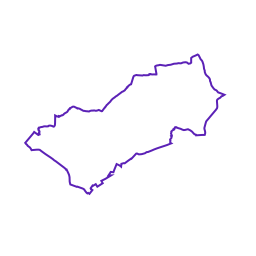 outline of Ciprian Porumbescu, Suceava, Romania, rotated 161°
{"feature_id": "2599482B10276215213878", "entity_name": "Ciprian Porumbescu", "entity_type": "district", "adm_level": 2, "iso_a3": "ROU", "parent_name": "Romania", "parent_adm1": "Suceava", "projection": "mercator", "projection_center": [26.075, 47.579], "detail": "fine", "context": "isolated", "style": "outline", "palette": "violet", "viewbox_px": 256, "rotation_deg": 161, "n_neighbors": 0, "source": "geoboundaries", "source_scale": "gbopen_adm2", "svg_char_len": 5739}
<svg xmlns="http://www.w3.org/2000/svg" viewBox="0 0 256 256"><g transform="rotate(161 128 128)"><path d="M81.3,177.7L82.3,177.4L83.5,169.8L83.7,169.4L84.5,169.6L84.7,169.8L87.8,170.8L89.1,171.4L89.6,171.6L89.5,171.8L90.2,172.0L90.4,171.5L90.8,171.4L91.4,171.3L93.5,171.9L94.4,172.2L95.8,172.8L96.1,172.9L96.8,172.9L97.2,172.9L102.0,174.9L102.6,175.3L102.9,175.4L105.1,175.4L105.6,175.2L106.0,174.9L106.8,173.9L109.7,169.9L110.8,168.4L111.1,168.5L111.4,168.4L112.0,168.3L112.8,168.1L115.6,166.9L115.5,166.5L116.5,166.1L116.9,165.9L117.3,165.6L117.8,165.4L118.1,165.2L118.7,164.7L120.6,164.2L121.0,164.2L122.0,164.1L123.4,163.6L125.9,162.8L127.6,162.2L128.3,162.0L128.8,161.9L129.4,161.8L130.8,161.2L131.0,161.2L133.0,160.6L134.6,159.8L134.9,159.6L135.5,159.2L136.0,158.8L137.2,158.2L138.8,157.5L139.5,157.1L140.1,156.8L140.6,156.7L142.7,155.1L142.8,155.2L144.5,154.1L145.2,153.6L146.1,153.0L146.9,152.4L147.1,152.4L147.4,152.4L148.2,153.1L148.4,153.3L148.8,153.7L149.2,154.0L149.4,154.3L149.5,154.4L149.8,154.6L150.1,154.6L150.9,154.5L151.9,154.6L152.7,154.7L153.4,155.1L154.0,155.5L154.9,155.8L155.5,155.8L156.2,156.2L156.8,156.3L157.3,156.4L158.2,156.5L159.5,156.3L160.1,156.6L160.6,156.9L160.8,156.9L162.5,157.7L163.7,158.4L164.3,158.6L164.8,159.0L165.5,159.7L165.8,160.2L166.5,160.8L167.3,161.8L167.8,162.2L168.7,162.8L169.0,162.8L169.4,162.8L169.6,163.0L169.6,163.4L169.8,163.6L170.0,163.7L170.2,163.8L170.7,164.4L171.0,164.6L171.3,164.9L171.4,165.1L171.6,165.4L172.1,165.7L172.6,165.9L172.9,166.1L173.7,166.1L175.2,165.7L175.7,165.7L175.8,165.7L176.0,165.7L176.4,165.7L176.6,165.5L176.8,165.2L177.0,164.8L177.6,164.9L177.9,164.9L178.2,164.7L178.7,164.2L179.0,164.0L180.1,163.1L180.7,162.9L181.6,162.7L182.6,162.6L183.0,162.4L183.5,162.3L183.9,162.2L184.2,162.0L184.6,161.7L184.8,161.6L185.3,161.5L185.6,161.4L186.0,161.5L186.3,161.4L186.7,161.6L187.4,161.4L187.8,161.4L188.4,161.5L188.7,161.5L189.0,161.5L189.3,161.7L189.4,161.3L189.3,161.1L189.8,161.0L190.2,161.4L190.6,161.6L191.0,162.0L191.3,162.1L191.6,162.2L191.7,162.5L192.0,162.7L192.2,162.9L192.4,162.9L192.5,163.3L192.8,163.6L193.4,161.8L195.4,156.3L196.2,154.5L196.7,154.0L197.1,153.7L197.4,153.5L197.9,153.5L198.1,153.6L199.1,154.6L199.7,155.0L200.5,155.5L201.1,155.7L201.4,155.8L201.9,155.9L202.4,155.9L202.6,155.8L202.9,155.6L203.2,155.7L203.6,155.8L204.0,155.8L204.7,156.1L205.2,156.3L205.9,156.6L206.6,156.8L207.1,156.9L207.7,156.9L208.5,156.9L209.0,157.0L210.0,157.2L211.1,157.2L211.8,157.3L211.9,157.0L212.1,156.9L212.3,156.9L212.5,156.9L212.6,157.0L212.7,156.9L212.8,156.8L212.9,156.6L213.1,156.5L213.2,156.3L213.1,156.1L212.9,155.8L212.9,155.7L213.3,154.9L213.1,154.5L212.9,154.4L212.8,154.0L212.8,153.8L212.8,153.5L213.0,153.2L213.3,152.8L213.2,152.7L213.3,152.4L213.7,152.6L213.9,152.4L214.1,152.2L214.0,151.9L214.0,151.6L213.7,150.8L213.7,150.7L213.9,150.7L214.1,150.7L214.4,150.8L214.6,150.9L214.9,150.6L215.1,150.6L218.0,154.8L219.3,153.8L230.0,147.4L229.7,146.5L229.6,146.1L229.3,145.7L229.0,145.2L228.9,144.7L228.7,144.2L228.6,143.7L228.2,143.2L227.5,142.1L227.1,141.6L226.7,140.3L226.4,138.5L226.1,138.5L225.7,138.3L221.3,137.2L219.5,136.6L218.8,136.2L218.6,136.1L216.7,133.3L214.6,130.3L212.7,127.8L210.7,125.2L210.1,124.3L209.4,123.4L209.1,122.9L208.3,121.5L207.5,120.5L207.4,120.4L207.1,120.0L201.0,110.9L200.5,109.9L200.2,109.4L200.1,108.7L199.6,108.7L199.2,105.3L199.0,103.0L199.1,102.0L199.3,100.5L200.6,96.3L200.8,94.8L200.9,93.4L195.5,89.0L195.1,89.1L194.8,88.9L190.4,85.4L189.7,84.5L189.3,84.0L189.3,83.9L189.3,83.6L189.3,83.3L188.7,81.5L188.4,80.7L188.2,80.1L187.8,79.6L187.7,79.4L186.8,79.6L185.9,78.3L181.9,80.9L182.8,82.1L182.6,82.3L182.9,83.2L180.3,85.1L180.1,84.7L176.8,85.4L176.1,82.5L169.9,84.0L170.4,86.7L165.8,87.3L159.4,88.7L161.9,89.5L159.8,91.1L158.6,92.1L156.2,90.9L154.6,92.9L150.5,97.6L150.3,97.4L148.6,95.8L147.9,95.0L147.4,94.2L147.1,93.7L145.9,96.3L145.1,96.2L143.9,96.2L143.5,96.1L142.6,95.7L138.9,96.9L135.5,97.9L135.5,97.7L135.0,97.7L134.6,97.9L133.8,98.3L128.8,101.0L128.5,101.1L128.1,101.0L127.6,100.8L127.2,100.4L126.4,99.6L124.8,99.1L123.4,98.8L120.2,98.6L119.8,98.7L118.8,99.0L118.0,99.1L117.3,98.9L117.0,98.8L112.8,99.0L110.5,99.2L107.5,99.3L106.4,99.3L104.7,99.3L98.5,99.2L96.3,99.2L94.5,99.3L92.1,99.4L92.8,100.3L92.7,101.0L92.4,101.5L92.0,102.1L92.1,102.9L91.9,103.5L91.3,103.8L90.3,104.4L90.0,105.0L89.7,105.3L89.8,105.9L89.9,106.5L89.6,106.6L89.3,106.3L89.1,106.3L88.9,106.8L89.1,107.5L89.1,108.9L88.4,109.7L88.2,110.6L86.4,111.4L85.4,111.4L85.1,111.5L85.2,112.2L84.7,112.3L84.4,112.1L83.9,112.9L83.1,113.4L82.5,112.8L82.1,113.0L80.8,111.7L78.5,110.1L77.2,108.8L76.0,107.9L74.9,107.6L73.5,107.5L71.7,107.3L69.8,105.4L68.6,103.7L68.0,102.2L67.2,100.5L65.9,99.5L66.0,98.9L60.5,97.4L57.7,96.5L57.4,96.9L56.8,97.8L56.4,98.8L56.2,100.0L56.1,101.6L56.0,102.5L55.7,103.3L52.8,107.6L52.0,108.7L51.3,109.2L48.4,110.9L46.1,112.3L38.9,116.6L37.4,117.7L37.0,118.3L36.5,119.4L35.1,124.7L34.7,125.4L34.0,125.9L32.8,126.3L31.0,126.6L30.4,126.9L29.6,127.4L29.1,127.6L28.7,127.5L28.2,127.5L27.7,127.6L26.0,128.0L27.7,129.5L30.1,131.5L31.1,132.2L31.4,132.9L31.9,134.3L32.1,134.7L32.8,135.5L33.6,136.2L34.3,137.9L35.2,140.9L35.2,141.5L35.1,142.7L35.1,143.3L34.9,144.3L35.1,144.9L35.1,145.9L34.7,147.4L34.9,148.4L34.9,148.7L35.5,150.2L36.7,152.3L37.1,153.6L37.2,155.7L37.0,156.6L36.8,157.1L36.8,159.4L36.4,161.1L36.1,163.0L36.0,163.8L36.0,164.8L36.0,166.6L36.1,167.3L36.3,167.9L36.5,168.5L36.9,169.2L37.2,171.6L37.4,173.0L37.6,174.0L38.0,174.5L38.2,174.8L40.7,174.5L43.7,174.3L45.5,173.6L47.0,169.2L48.1,168.8L49.8,169.0L51.0,170.8L52.3,171.5L54.6,172.0L56.9,171.9L59.3,172.9L60.7,173.0L63.6,173.8L67.0,173.9L69.8,174.5L72.1,174.6L77.2,177.3L78.7,177.4L80.3,177.7L81.3,177.7Z" fill="none" stroke="#5b21b6" stroke-width="2"/></g></svg>